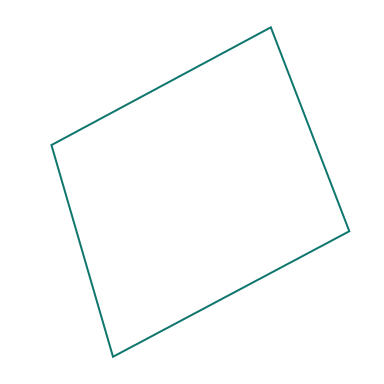 SVG path tracing the border of City of Hamilton, rotated 339°
{"feature_id": "BMU-5134", "entity_name": "City of Hamilton", "entity_type": "state/province", "adm_level": 1, "iso_a3": "BMU", "parent_name": "Bermuda", "parent_adm1": "", "projection": "natural_earth1", "projection_center": [-64.788, 32.293], "detail": "fine", "context": "isolated", "style": "outline", "palette": "teal", "viewbox_px": 384, "rotation_deg": 339, "n_neighbors": 0, "source": "natural_earth", "source_scale": "10m", "svg_char_len": 222}
<svg xmlns="http://www.w3.org/2000/svg" viewBox="0 0 384 384"><g transform="rotate(339 192 192)"><path d="M324.8,285.0L59.2,317.5L77.6,97.8L324.6,66.5L324.8,285.0Z" fill="none" stroke="#0f766e" stroke-width="2"/></g></svg>